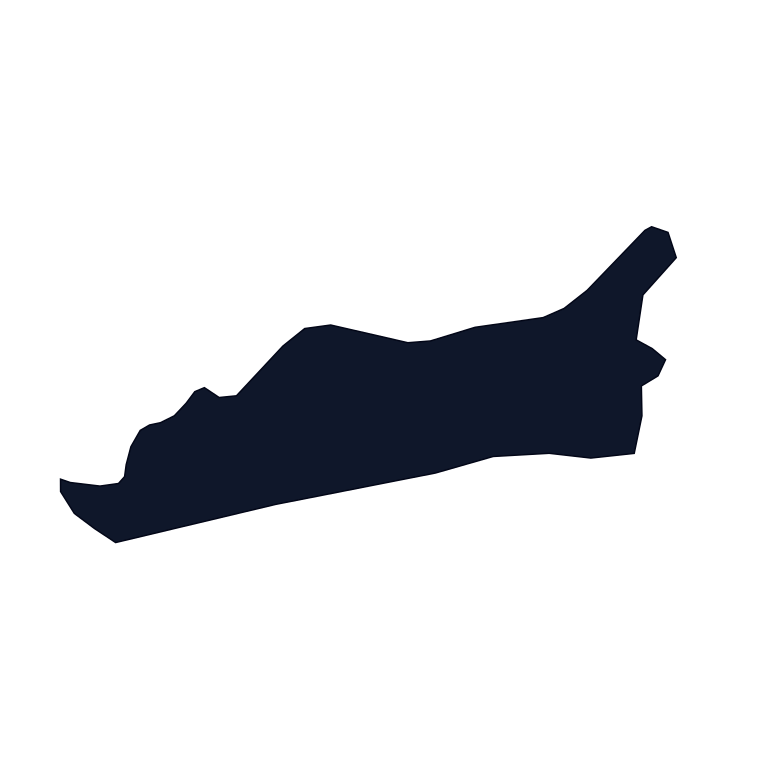 an SVG outline of Qusar, rotated 24°
{"feature_id": "AZE-1729", "entity_name": "Qusar", "entity_type": "District", "adm_level": 1, "iso_a3": "AZE", "parent_name": "Azerbaijan", "parent_adm1": "", "projection": "mercator", "projection_center": [48.173, 41.44], "detail": "fine", "context": "isolated", "style": "filled", "palette": "ink", "viewbox_px": 768, "rotation_deg": 24, "n_neighbors": 0, "source": "natural_earth", "source_scale": "10m", "svg_char_len": 734}
<svg xmlns="http://www.w3.org/2000/svg" viewBox="0 0 768 768"><g transform="rotate(24 384 384)"><path d="M238.9,463.4L254.0,454.8L276.2,390.5L289.0,365.6L311.3,351.8L389.0,336.6L408.9,325.8L444.1,295.2L502.4,258.6L517.8,241.7L531.5,215.8L559.9,137.5L564.5,131.5L581.8,130.0L599.6,149.7L584.3,197.3L596.4,241.1L614.7,242.6L631.3,247.3L631.0,265.1L619.9,281.1L632.6,308.2L640.8,345.6L603.1,367.5L563.1,380.1L513.2,405.8L467.3,444.3L333.9,538.1L203.3,638.0L178.4,633.8L153.8,628.2L132.3,613.8L127.2,602.5L137.5,601.6L166.0,592.8L181.9,582.9L184.7,574.1L181.3,562.6L178.3,544.2L180.2,525.5L186.5,516.8L195.5,510.3L205.4,498.3L211.1,482.0L214.3,467.9L221.4,460.4L238.9,463.4Z" fill="#0f172a" stroke="#020617" stroke-width="1.5"/></g></svg>